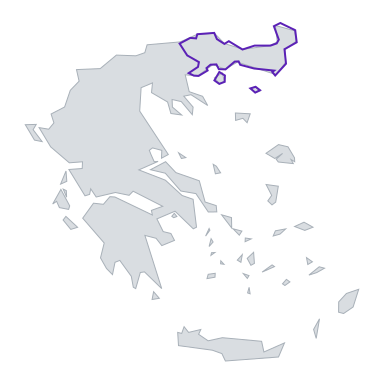 Greece, with Anatoliki Makedonia kai Thraki highlighted
{"feature_id": "GRC-3001", "entity_name": "Anatoliki Makedonia kai Thraki", "entity_type": "Region", "adm_level": 1, "iso_a3": "GRC", "parent_name": "Greece", "parent_adm1": "", "projection": "mercator", "projection_center": [25.255, 41.074], "detail": "coarse", "context": "in_parent", "style": "outline", "palette": "violet", "viewbox_px": 384, "rotation_deg": 0, "n_neighbors": 0, "source": "natural_earth", "source_scale": "10m", "svg_char_len": 4287}
<svg xmlns="http://www.w3.org/2000/svg" viewBox="0 0 384 384"><path d="M275.4,25.5L294.6,30.8L296.3,41.1L284.9,49.6L285.8,62.0L276.3,74.7L237.3,62.1L225.2,69.2L212.9,64.6L197.6,76.0L185.2,74.8L189.2,91.7L202.6,96.3L207.7,105.5L191.0,94.7L183.8,96.2L193.1,107.1L192.3,114.7L181.3,101.6L172.1,99.5L172.4,107.1L181.7,115.0L170.9,113.5L167.6,102.0L151.5,92.6L152.5,82.9L141.1,87.7L139.7,111.1L168.3,154.5L161.5,158.2L161.8,150.4L152.5,147.9L149.3,150.3L151.1,154.8L154.2,161.7L158.1,161.4L138.8,169.9L165.4,180.2L182.1,195.5L193.1,199.3L196.5,227.2L193.3,228.8L175.0,211.2L156.9,218.9L163.2,231.6L170.9,233.5L174.5,240.4L161.8,245.6L156.1,238.3L144.9,235.4L161.7,288.6L144.5,271.9L140.3,272.5L135.7,288.6L133.3,287.2L131.3,276.3L119.8,260.4L115.0,262.3L112.5,274.6L106.5,268.5L100.5,257.9L104.2,243.0L82.7,218.2L93.5,203.2L103.4,204.3L109.9,196.7L114.9,197.0L152.4,215.0L151.4,210.4L162.7,206.3L133.1,191.2L129.1,195.3L115.4,192.5L96.2,197.0L90.7,188.8L89.6,194.4L85.0,195.8L68.9,169.5L82.2,168.5L82.5,161.8L69.3,162.8L50.7,146.9L39.1,127.6L48.7,129.2L53.9,122.9L51.1,114.0L64.6,107.0L70.3,90.3L79.1,81.2L76.5,69.6L100.2,68.6L116.4,55.1L135.9,55.8L144.8,52.7L147.1,44.8L180.2,41.9L196.5,34.6L214.5,33.3L224.4,43.5L242.9,49.3L269.1,45.8L277.3,42.0L275.4,25.5ZM188.6,332.4L200.8,329.5L198.6,334.3L208.1,340.8L222.4,337.7L261.6,341.3L263.9,352.0L284.5,342.9L278.5,357.0L225.4,361.0L221.9,353.6L212.4,350.2L178.5,345.6L177.7,332.4L181.7,333.4L184.1,326.7L188.6,332.4ZM165.6,161.7L175.9,172.6L199.3,180.8L205.1,202.0L216.2,205.6L216.8,211.9L208.3,212.0L195.9,193.6L180.8,191.0L165.3,173.2L150.5,169.7L165.6,161.7ZM288.0,146.8L294.5,157.8L294.7,161.7L291.0,159.5L293.3,163.6L278.3,162.0L276.2,159.2L282.6,153.4L274.8,158.5L266.0,153.3L278.5,144.6L288.0,146.8ZM343.6,313.5L338.6,312.2L338.7,301.9L346.4,293.5L358.7,289.3L353.1,307.0L343.6,313.5ZM275.7,202.1L272.0,204.9L267.8,200.9L271.7,195.4L266.1,184.5L278.3,186.2L275.7,202.1ZM60.9,189.4L69.7,205.9L68.6,209.4L59.4,207.6L56.6,201.3L52.7,204.0L60.9,189.4ZM42.1,141.6L34.5,140.1L25.3,124.7L36.2,124.4L33.1,129.7L42.1,141.6ZM250.2,113.8L247.1,122.7L242.9,118.3L235.6,120.4L235.4,113.0L250.2,113.8ZM304.0,222.2L313.0,227.2L304.8,230.4L294.6,226.5L304.0,222.2ZM224.4,81.6L219.4,83.4L214.4,77.9L222.3,72.9L224.4,81.6ZM65.9,216.4L77.6,227.3L70.8,229.4L63.1,220.0L65.9,216.4ZM254.4,263.4L250.9,265.3L247.2,258.4L253.6,252.3L254.4,263.4ZM231.5,217.6L231.7,228.0L221.6,214.8L231.5,217.6ZM319.5,318.8L316.2,338.4L313.6,329.4L319.5,318.8ZM66.8,181.3L60.6,184.1L66.0,171.0L66.8,181.3ZM159.3,298.3L152.1,299.5L153.6,291.7L159.3,298.3ZM308.9,275.1L319.2,266.8L324.5,268.2L316.7,272.6L308.9,275.1ZM273.2,236.0L275.4,230.8L285.7,228.9L280.0,234.1L273.2,236.0ZM242.3,254.6L240.9,262.3L237.3,260.1L242.3,254.6ZM241.9,231.1L239.3,235.2L233.1,228.8L241.9,231.1ZM220.6,172.8L215.4,173.8L213.2,164.3L216.3,166.2L220.6,172.8ZM259.8,91.3L255.4,92.6L250.6,88.4L255.3,86.7L259.8,91.3ZM215.2,273.3L215.0,277.2L207.0,278.6L208.2,274.3L215.2,273.3ZM274.5,266.6L262.1,272.1L272.1,264.9L274.5,266.6ZM209.9,230.2L205.6,236.1L209.1,228.5L209.9,230.2ZM251.2,238.9L245.1,241.7L245.3,238.0L251.2,238.9ZM289.9,281.9L284.9,285.5L282.5,283.8L286.4,279.4L289.9,281.9ZM312.4,261.8L307.8,264.5L306.5,257.6L312.4,261.8ZM213.1,242.0L209.1,246.5L211.1,238.7L213.1,242.0ZM66.3,190.6L66.6,197.2L63.2,189.1L66.3,190.6ZM249.0,275.6L247.3,278.4L243.3,273.6L249.0,275.6ZM185.8,157.6L181.4,158.5L178.6,152.8L185.8,157.6ZM176.9,216.5L173.7,217.7L171.8,216.3L174.3,213.3L176.9,216.5ZM214.9,252.5L210.9,255.4L211.5,252.7L214.9,252.5ZM249.1,287.3L250.1,293.8L247.6,292.9L249.1,287.3ZM224.0,264.3L220.6,263.8L220.8,260.8L224.0,264.3Z" fill="#d9dde1" stroke="#a8b0b8" stroke-width="1"/><path d="M280.3,23.0L295.2,30.2L296.7,42.3L284.5,49.2L286.0,63.7L275.2,75.5L272.3,72.0L274.1,70.6L254.1,68.5L240.2,64.8L238.6,61.4L234.7,61.6L225.5,69.4L218.8,69.1L216.4,64.4L210.5,64.7L206.5,68.1L207.6,70.5L198.6,75.9L193.8,75.6L188.7,73.1L198.0,66.9L198.9,62.1L187.2,55.4L179.6,43.6L190.3,37.9L196.1,38.4L197.3,34.2L214.2,32.9L216.9,39.1L224.4,43.9L228.8,41.2L242.5,49.5L254.6,45.6L270.5,45.6L276.7,43.4L278.8,39.6L273.9,26.2L280.3,23.0ZM224.9,75.5L224.7,81.8L219.3,83.9L214.4,80.4L219.3,72.0L224.9,75.5ZM260.0,90.2L255.2,92.6L250.4,88.4L255.6,86.8L260.0,90.2Z" fill="none" stroke="#5b21b6" stroke-width="2"/></svg>